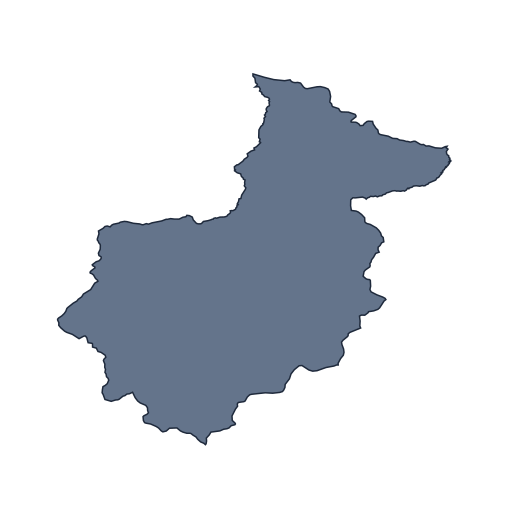 outline of Salgar, Antioquia, Colombia, rotated 263°
{"feature_id": "7082276B68857935293525", "entity_name": "Salgar", "entity_type": "district", "adm_level": 2, "iso_a3": "COL", "parent_name": "Colombia", "parent_adm1": "Antioquia", "projection": "equal_earth", "projection_center": [-76.003, 5.966], "detail": "fine", "context": "isolated", "style": "filled", "palette": "slate", "viewbox_px": 512, "rotation_deg": 263, "n_neighbors": 0, "source": "geoboundaries", "source_scale": "gbopen_adm2", "svg_char_len": 6070}
<svg xmlns="http://www.w3.org/2000/svg" viewBox="0 0 512 512"><g transform="rotate(263 256 256)"><path d="M426.7,311.3L426.5,305.8L428.9,295.2L432.3,286.2L437.1,275.2L435.0,274.9L432.6,276.6L428.1,276.7L426.3,278.3L425.1,277.7L423.9,275.8L423.8,279.4L421.2,280.6L419.4,279.6L417.7,281.6L416.0,281.6L414.9,283.0L413.2,284.0L412.0,287.0L410.9,288.3L409.9,288.5L408.8,287.4L407.6,288.3L406.4,287.6L404.1,287.8L403.5,287.5L402.7,285.6L401.1,284.2L399.8,283.9L398.0,284.6L397.1,283.1L395.4,282.5L394.9,281.6L393.2,282.4L391.8,280.7L390.5,280.9L387.1,279.8L386.5,278.9L385.6,279.0L384.0,276.6L380.8,274.3L373.1,273.1L371.5,274.3L369.0,273.2L368.3,274.3L367.9,274.4L364.4,269.8L363.4,267.1L361.5,267.5L360.7,263.8L358.5,259.7L356.1,260.2L355.0,259.2L353.5,256.2L351.7,254.5L348.8,249.4L348.8,248.1L347.2,245.4L344.6,245.3L344.0,246.0L343.2,245.1L340.9,247.5L339.4,250.8L336.8,251.2L334.7,252.9L333.7,252.9L332.8,254.4L330.1,253.6L328.6,253.7L327.1,252.9L324.9,254.2L323.5,253.6L318.2,249.2L314.9,248.0L314.8,246.1L312.2,245.3L310.1,243.8L309.1,244.5L308.8,243.4L306.9,242.9L306.3,242.0L304.9,241.4L303.8,238.7L304.1,237.0L304.0,235.9L302.6,236.1L301.5,235.3L300.2,232.9L299.5,232.5L298.9,231.4L298.6,229.2L299.0,225.0L298.3,221.4L298.8,220.4L298.5,218.6L297.7,217.9L297.9,217.0L297.5,216.1L296.9,212.5L296.7,208.0L294.9,205.9L294.7,204.9L294.9,202.8L295.6,200.9L299.5,198.1L302.4,197.5L304.2,194.8L304.8,192.3L303.5,191.2L303.4,188.2L302.0,184.2L302.6,179.5L303.5,175.8L303.2,172.5L303.4,171.2L302.3,166.7L301.6,156.9L300.7,153.2L301.5,151.1L300.8,148.0L300.9,146.8L302.0,144.5L303.4,138.3L305.8,132.2L306.4,129.6L306.1,125.4L305.4,124.1L304.9,118.3L304.2,116.5L302.7,114.8L303.9,112.0L303.7,109.7L302.1,107.6L300.0,102.7L297.1,102.8L292.1,100.5L291.0,100.5L289.8,101.3L288.4,101.5L286.6,102.7L285.4,102.8L281.7,102.2L278.0,99.9L275.6,100.2L274.1,102.1L272.9,102.2L271.7,101.4L270.3,99.5L269.8,96.7L267.3,92.4L266.4,92.6L264.8,94.7L263.8,94.7L261.5,90.7L260.2,89.3L259.2,89.4L258.6,90.7L257.0,92.4L253.2,94.0L251.2,95.8L250.1,96.0L248.7,92.6L242.8,87.8L239.3,80.1L236.7,78.0L234.7,74.3L233.1,72.7L231.5,68.9L227.8,62.9L227.0,61.9L224.3,60.5L222.3,58.7L220.2,55.9L218.5,52.5L217.5,51.4L216.6,51.3L213.8,52.2L211.2,51.8L208.6,53.4L204.7,56.9L203.3,58.8L200.6,64.2L195.5,70.3L197.3,74.9L197.5,76.3L197.3,77.0L195.4,78.1L190.4,78.8L189.3,82.6L188.8,83.0L185.5,82.7L184.0,86.3L180.5,87.5L179.2,90.5L175.9,94.2L173.8,94.6L172.1,92.5L170.7,91.8L167.1,92.8L164.0,92.3L161.8,92.8L158.9,91.9L157.1,92.8L154.4,92.9L152.6,94.3L150.7,94.7L147.4,92.8L145.9,90.5L145.0,88.2L142.2,87.3L139.0,86.6L137.2,87.4L132.0,88.6L129.4,94.6L130.2,99.1L130.1,101.4L130.5,102.7L133.1,106.9L133.4,108.9L134.7,111.0L134.7,113.6L135.8,116.9L130.1,118.8L126.5,120.9L124.3,123.1L121.2,128.4L118.6,129.8L115.9,129.6L113.5,130.1L112.2,128.5L111.1,125.3L110.3,124.3L106.4,124.2L104.2,125.1L103.5,126.4L102.1,130.9L99.0,136.1L97.2,138.3L93.9,140.7L92.8,142.1L93.2,145.6L95.6,149.1L95.0,156.5L91.6,159.7L90.1,162.0L88.5,165.7L88.1,168.9L87.6,170.0L85.9,171.6L83.7,174.4L81.2,175.8L78.2,178.4L76.5,181.4L74.9,182.8L75.7,183.6L78.4,184.4L81.3,184.5L84.1,187.8L86.7,189.8L86.8,198.8L88.0,202.8L88.1,206.2L88.7,208.4L90.6,210.7L91.1,214.5L91.8,215.1L92.5,215.0L95.7,212.4L100.2,212.7L106.6,217.0L109.1,219.4L111.3,219.4L112.1,219.8L112.8,220.9L112.9,226.2L113.4,227.5L117.1,230.2L119.0,232.8L119.3,234.8L119.1,248.5L117.8,255.8L117.7,262.9L118.2,265.7L119.5,267.1L122.0,268.7L125.0,269.3L130.0,274.2L134.7,276.4L138.5,280.2L141.8,285.4L141.7,288.3L136.4,294.6L134.8,298.2L134.7,302.6L136.8,311.9L137.3,320.0L138.0,322.7L137.8,324.3L139.5,324.4L143.8,327.4L146.9,330.6L149.7,331.6L153.0,331.6L157.6,330.5L160.1,330.4L161.8,332.1L164.9,337.0L165.7,337.7L167.5,338.0L168.7,339.8L171.8,351.1L173.9,350.5L178.7,351.4L183.8,351.4L184.5,353.3L184.0,356.8L186.1,360.4L187.0,360.9L187.2,366.2L188.2,370.5L189.5,372.4L195.7,377.6L196.9,379.6L198.2,379.0L199.8,376.8L202.7,371.3L206.4,365.8L208.9,365.0L212.0,366.1L217.8,366.5L218.7,366.0L219.2,363.9L219.9,362.5L222.8,359.9L227.3,361.3L228.8,362.9L231.3,367.6L232.4,368.1L234.7,368.1L235.8,369.3L238.2,370.3L240.4,372.5L244.0,375.1L244.8,378.7L247.4,377.9L249.9,378.3L251.3,380.4L253.8,382.3L254.5,384.6L258.9,384.5L260.6,383.0L263.6,382.5L266.6,380.9L269.3,378.8L273.4,373.3L274.8,369.9L276.0,368.6L276.9,368.2L280.7,368.5L284.4,365.8L287.2,362.9L288.4,360.8L289.6,356.2L294.3,356.0L300.3,356.9L302.0,359.3L301.6,361.5L301.5,368.9L300.1,371.5L299.0,372.3L300.2,373.9L300.4,375.4L301.3,377.0L300.7,379.7L301.0,381.9L299.9,383.7L300.6,385.9L300.4,388.3L301.3,389.3L301.7,392.0L302.8,393.2L302.9,394.9L304.0,399.5L303.9,402.0L303.3,403.3L303.2,404.9L302.6,407.5L302.9,410.1L302.3,411.3L303.1,413.2L304.8,414.8L304.7,415.4L304.1,415.9L304.8,416.4L305.3,419.4L306.2,420.7L306.2,423.6L305.3,427.1L305.7,429.6L305.2,430.9L305.2,432.5L306.1,433.8L306.3,435.4L307.4,436.4L309.5,443.6L311.5,445.2L311.5,446.0L312.2,447.3L313.7,448.5L315.1,450.4L315.9,449.8L316.3,451.0L316.8,451.1L316.8,451.8L318.1,451.8L318.8,453.4L319.9,454.0L320.8,455.5L321.2,455.0L321.5,455.2L321.7,456.3L322.6,457.7L323.5,458.0L324.1,459.2L324.9,459.1L326.1,460.5L326.2,459.2L327.4,460.7L328.3,459.8L329.4,460.4L330.4,459.4L332.0,459.5L333.3,458.1L334.5,457.7L336.6,457.7L338.7,459.6L340.3,457.9L341.6,459.0L341.5,457.2L340.3,453.4L341.5,447.2L344.2,441.1L344.4,438.2L346.3,435.8L346.3,434.1L346.9,432.6L350.4,428.1L350.7,426.8L350.2,423.0L351.2,420.7L351.4,419.2L352.7,416.3L353.6,412.7L355.3,410.3L356.1,406.0L358.8,401.9L361.2,394.7L361.9,393.4L363.1,392.5L366.2,392.3L368.3,390.6L372.7,388.4L375.4,388.1L376.1,384.3L376.0,382.6L374.2,379.6L372.6,378.2L372.7,375.2L374.4,374.3L376.2,372.2L376.7,370.9L377.2,367.2L377.6,366.6L378.8,367.0L382.0,372.2L383.1,372.3L384.5,371.6L387.5,365.3L388.6,358.3L389.9,356.9L392.2,356.0L394.9,350.3L395.9,349.7L397.7,349.6L399.9,348.0L405.2,349.5L410.4,349.1L413.0,347.9L414.8,344.7L416.3,340.5L416.5,337.1L415.8,327.3L416.3,325.4L417.8,323.8L422.2,321.3L423.2,318.6L423.3,315.9L423.9,313.9L424.9,312.4L426.7,311.3Z" fill="#64748b" stroke="#1e293b" stroke-width="1.5"/></g></svg>